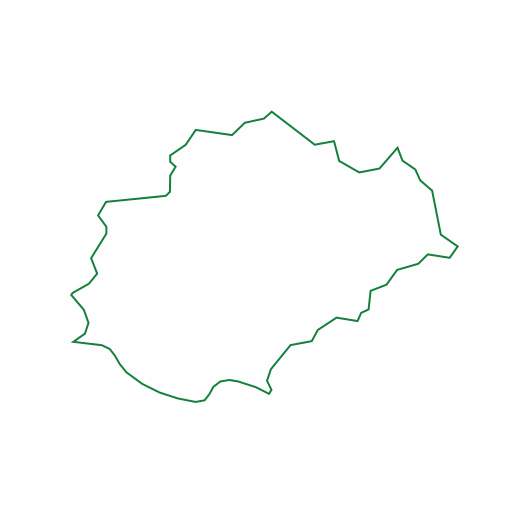 outline of Armagh, rotated 346°
{"feature_id": "GBR-2085", "entity_name": "Armagh", "entity_type": "District", "adm_level": 1, "iso_a3": "GBR", "parent_name": "United Kingdom", "parent_adm1": "", "projection": "equal_earth", "projection_center": [-6.648, 54.319], "detail": "fine", "context": "isolated", "style": "outline", "palette": "green", "viewbox_px": 512, "rotation_deg": 346, "n_neighbors": 0, "source": "natural_earth", "source_scale": "10m", "svg_char_len": 1016}
<svg xmlns="http://www.w3.org/2000/svg" viewBox="0 0 512 512"><g transform="rotate(346 256 256)"><path d="M171.2,383.6L162.1,383.0L145.7,375.3L129.5,365.2L114.7,352.6L102.1,337.5L97.7,328.0L95.1,318.9L91.6,310.9L84.9,305.3L58.0,295.1L71.3,289.9L77.3,280.4L76.0,266.7L67.3,249.1L69.2,247.4L72.5,246.5L87.1,242.5L97.6,234.7L95.5,218.2L116.2,198.1L117.9,191.5L112.6,178.4L123.6,167.2L183.1,175.8L188.0,172.9L192.2,157.3L199.6,149.9L195.6,143.9L197.0,137.7L214.7,131.1L228.0,119.1L262.0,132.9L277.4,124.0L296.9,124.6L306.2,119.8L339.9,162.2L359.5,163.5L359.7,183.9L376.4,199.9L397.0,201.0L419.5,185.2L421.2,198.9L431.5,210.6L433.7,222.4L442.7,235.2L440.5,280.0L454.0,295.5L443.5,304.6L423.1,296.0L411.5,302.8L389.6,303.6L375.7,315.4L358.8,317.5L352.3,335.1L344.3,336.6L338.8,343.7L319.2,335.3L298.1,342.7L289.5,352.1L268.0,350.8L243.1,369.4L236.5,379.7L238.6,389.6L235.3,392.9L224.2,383.3L208.3,373.4L200.2,369.9L191.2,369.1L183.0,372.6L177.3,378.8L171.2,383.6Z" fill="none" stroke="#15803d" stroke-width="2"/></g></svg>